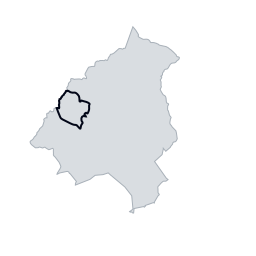 Bolivia, with Oruro highlighted, rotated 50°
{"feature_id": "BOL-1937", "entity_name": "Oruro", "entity_type": "Department", "adm_level": 1, "iso_a3": "BOL", "parent_name": "Bolivia", "parent_adm1": "", "projection": "albers", "projection_center": [-67.639, -18.613], "detail": "medium", "context": "in_parent", "style": "outline", "palette": "ink", "viewbox_px": 256, "rotation_deg": 50, "n_neighbors": 0, "source": "natural_earth", "source_scale": "10m", "svg_char_len": 5107}
<svg xmlns="http://www.w3.org/2000/svg" viewBox="0 0 256 256"><g transform="rotate(50 128 128)"><path d="M55.5,144.8L55.2,141.9L54.7,141.1L53.9,140.7L53.6,140.1L53.9,139.4L55.4,138.2L56.2,138.0L56.4,137.4L59.1,133.8L59.9,133.1L60.9,132.6L61.3,132.2L61.0,130.9L61.1,130.0L61.4,129.5L63.3,128.5L63.4,128.2L63.4,127.9L62.6,127.3L60.9,126.7L59.8,126.8L58.8,125.9L56.6,120.6L56.2,119.3L56.2,118.9L57.6,116.2L59.2,114.1L59.1,113.6L57.2,111.6L56.7,110.6L56.9,108.5L57.9,107.8L58.4,105.9L58.8,105.6L59.8,104.2L61.1,103.0L61.2,101.6L61.6,101.2L62.8,100.7L62.9,100.4L62.6,99.4L62.0,98.4L61.6,97.9L61.0,95.4L60.3,94.1L61.0,93.0L61.4,91.7L61.6,90.3L61.4,83.8L62.8,82.2L63.5,81.9L64.2,81.3L64.1,80.3L65.1,78.9L53.6,59.2L58.1,59.2L62.9,59.9L63.7,60.3L63.9,61.0L64.5,61.3L65.8,61.1L69.8,59.4L70.3,58.8L71.7,56.9L72.8,55.9L73.8,55.5L75.8,55.4L76.5,55.7L77.3,55.6L78.0,54.6L79.1,53.4L81.2,51.9L82.3,51.5L82.9,51.0L84.1,50.9L85.1,50.4L90.0,46.6L92.0,45.7L94.2,45.3L96.0,44.8L100.3,44.3L103.1,44.1L104.0,44.6L105.0,44.5L105.9,43.7L106.6,43.4L107.1,43.4L107.9,44.4L108.2,45.5L108.0,46.3L108.0,47.5L108.3,49.0L108.1,50.3L106.5,52.8L106.4,53.6L106.4,54.6L106.9,56.2L107.8,58.5L107.9,60.2L107.2,61.3L106.9,62.2L107.0,63.0L107.2,63.6L107.6,63.9L107.8,64.5L107.8,65.5L108.3,66.4L109.3,67.3L109.6,68.2L109.4,69.0L109.5,69.5L109.8,69.7L110.4,69.3L110.7,69.4L111.4,70.5L111.8,71.7L111.9,72.4L114.0,73.1L116.7,75.4L117.9,76.0L119.1,78.5L121.1,79.1L125.1,79.7L127.0,79.0L128.3,79.1L129.6,79.7L132.6,81.8L133.8,82.2L134.7,81.7L135.5,81.5L136.1,81.8L136.7,83.5L138.9,85.5L139.8,86.1L140.8,86.1L144.9,88.0L146.1,88.1L147.2,88.1L147.9,88.4L148.2,89.5L150.0,91.6L150.8,92.5L151.9,93.2L154.6,93.3L155.4,93.5L160.9,93.1L162.9,94.1L167.9,97.2L168.8,99.1L169.0,100.2L168.7,101.2L168.2,101.6L168.1,102.3L168.2,103.3L169.0,104.2L169.6,107.3L170.0,108.0L170.1,114.0L166.2,114.0L166.9,114.6L170.3,119.0L170.7,129.2L190.9,130.9L191.4,130.9L192.9,130.5L193.3,130.5L193.1,133.1L191.5,135.1L191.4,135.8L191.5,138.5L191.9,140.7L192.1,142.7L192.6,143.3L194.3,144.5L196.8,146.5L197.9,146.8L198.8,146.6L199.3,147.4L199.3,148.7L201.4,154.6L201.7,155.4L202.4,155.9L202.3,156.2L201.7,156.3L201.4,156.7L198.4,164.7L199.0,164.8L199.1,166.4L198.3,166.5L198.1,166.8L193.6,175.1L196.7,178.3L196.4,178.9L194.7,179.2L193.8,180.4L193.0,180.5L193.3,178.4L193.2,176.5L193.0,176.1L182.3,168.7L171.1,168.3L152.7,171.6L149.7,172.0L147.6,177.2L143.1,183.6L142.9,190.1L137.9,205.0L136.8,204.0L136.0,202.5L135.8,201.9L135.7,201.9L125.8,201.7L125.3,202.0L124.6,202.0L124.0,201.7L123.5,201.7L122.8,202.0L122.1,202.5L118.5,209.3L118.0,211.7L117.8,212.1L117.2,211.3L115.5,206.2L114.6,204.4L113.5,203.8L110.0,202.8L103.7,202.5L101.7,202.7L100.7,202.5L99.6,201.5L97.3,199.7L96.8,199.1L95.9,198.7L95.3,198.7L95.0,199.0L94.1,201.9L93.6,202.7L90.3,203.8L89.4,203.9L88.9,204.6L88.7,205.6L88.3,206.4L86.1,207.7L85.6,208.2L85.3,209.5L83.6,211.7L79.0,212.6L77.5,212.6L76.5,212.4L75.5,211.7L75.3,210.5L75.5,209.2L75.4,207.5L74.6,205.4L74.7,204.8L74.6,203.8L74.2,201.9L73.1,200.9L72.7,198.0L71.8,196.2L71.6,192.1L68.7,187.6L67.6,187.3L67.3,187.0L67.1,186.4L67.2,184.7L68.1,183.5L65.0,181.3L64.8,180.8L64.8,180.3L65.6,179.4L65.1,178.3L65.1,177.3L64.8,176.9L64.8,176.6L65.2,176.3L66.7,176.0L67.2,175.0L67.2,174.2L66.9,173.6L65.5,172.1L65.5,171.8L68.3,168.1L68.2,167.8L68.0,167.4L66.4,166.4L64.7,164.6L63.5,163.8L62.6,162.9L62.1,162.1L62.0,160.1L61.4,158.1L60.6,153.3L59.9,151.5L60.6,150.6L60.5,150.3L57.8,149.0L57.2,146.8L55.5,144.8Z" fill="#d9dde1" stroke="#a8b0b8" stroke-width="1"/><path d="M61.9,161.9L62.2,161.4L62.3,161.1L62.3,160.8L62.3,160.7L61.6,159.3L61.7,159.1L61.7,158.9L61.7,158.7L61.3,158.0L61.2,157.4L61.2,156.8L61.3,156.1L61.3,155.8L61.2,155.6L60.7,154.8L60.7,154.6L60.7,153.9L60.5,153.3L60.4,152.7L59.9,152.1L59.8,151.5L60.1,151.1L60.6,150.8L60.7,150.2L61.7,149.7L63.3,149.2L63.9,148.9L64.9,148.1L65.4,147.7L66.4,146.3L67.1,145.7L68.0,145.3L68.4,145.2L69.9,145.0L71.8,145.1L72.2,145.2L73.2,145.7L73.8,146.0L76.2,147.8L76.5,147.9L77.0,147.7L77.2,147.2L76.9,146.5L76.9,146.2L77.0,146.1L77.2,145.9L79.2,144.6L81.0,143.3L82.5,142.5L82.7,142.4L84.3,141.9L84.6,141.9L84.9,142.0L85.2,142.3L85.3,142.5L85.5,142.9L85.7,143.2L86.0,143.6L86.3,143.8L88.3,145.4L88.5,145.6L89.2,146.4L90.1,147.9L90.8,149.5L90.7,149.8L90.4,150.0L89.4,150.3L89.3,150.5L89.2,151.7L89.3,152.0L89.4,152.3L89.6,152.5L90.0,152.7L90.6,152.7L91.0,152.7L91.3,152.8L91.7,152.8L92.0,152.9L91.7,153.2L91.4,153.5L90.8,153.7L90.5,153.9L90.2,154.1L90.1,154.3L90.1,155.0L89.9,155.7L89.9,156.0L90.1,156.3L90.5,157.3L90.7,157.5L90.8,157.6L91.8,158.4L92.2,158.7L93.3,159.1L94.1,159.1L94.7,159.4L94.9,159.5L95.0,159.7L95.1,159.8L95.6,161.6L96.1,162.5L96.7,163.3L97.6,164.4L97.8,164.8L97.7,165.1L97.1,165.3L93.0,165.5L92.8,165.7L92.2,165.9L90.8,167.3L89.9,167.9L89.4,168.2L86.9,169.4L79.4,172.6L77.7,173.1L77.1,173.1L76.0,172.9L70.4,171.1L66.9,169.8L67.7,168.6L67.9,168.4L68.4,168.2L68.5,168.1L68.4,167.9L68.2,167.6L67.9,167.4L66.6,166.4L66.2,166.3L65.9,166.1L65.4,165.3L65.2,165.0L64.0,164.0L63.6,163.7L63.0,163.5L62.9,163.4L62.7,163.2L62.4,162.6L62.2,162.2L61.9,161.9Z" fill="none" stroke="#020617" stroke-width="2"/></g></svg>